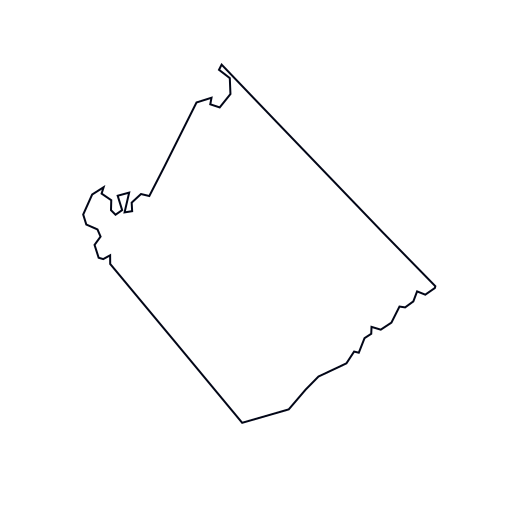 outline of Holmes, Mississippi, United States of America, rotated 27°
{"feature_id": "52423323B40462865306568", "entity_name": "Holmes", "entity_type": "district", "adm_level": 2, "iso_a3": "USA", "parent_name": "United States of America", "parent_adm1": "Mississippi", "projection": "natural_earth1", "projection_center": [-90.149, 33.127], "detail": "fine", "context": "isolated", "style": "outline", "palette": "ink", "viewbox_px": 512, "rotation_deg": 27, "n_neighbors": 0, "source": "geoboundaries", "source_scale": "gbopen_adm2", "svg_char_len": 856}
<svg xmlns="http://www.w3.org/2000/svg" viewBox="0 0 512 512"><g transform="rotate(27 256 256)"><path d="M133.3,146.2L133.8,218.9L133.7,251.0L125.4,253.0L121.0,264.9L125.3,272.3L119.1,276.8L114.2,257.1L105.4,265.1L115.9,275.9L112.1,283.0L106.0,281.0L101.7,272.0L90.1,270.5L89.0,263.9L82.1,275.6L83.2,297.5L90.5,305.0L102.7,304.3L108.7,309.3L107.1,319.4L116.6,329.0L121.3,328.1L125.7,321.6L129.7,329.3L213.4,365.2L215.3,366.0L319.4,410.9L354.8,377.8L360.9,352.4L366.4,335.0L385.3,310.6L386.8,296.6L391.5,295.5L390.0,279.9L394.0,273.0L391.1,266.7L400.6,265.0L406.9,253.9L406.8,235.9L412.2,234.1L416.8,225.0L415.6,214.4L424.4,213.6L429.9,203.3L429.5,201.5L358.1,177.4L345.2,172.9L339.1,170.8L213.1,127.1L138.5,101.1L138.5,106.9L151.9,109.4L159.7,123.3L156.2,140.1L146.4,141.6L144.5,135.2L133.3,146.2Z" fill="none" stroke="#020617" stroke-width="2"/></g></svg>